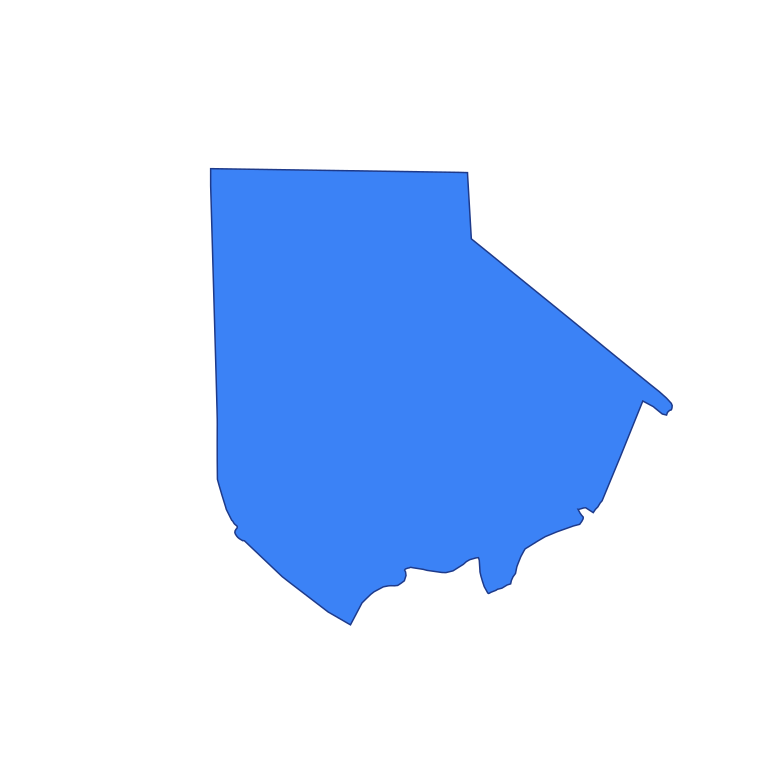 the district of Tadmor, Homs (Hims), Syria, rotated 211°
{"feature_id": "27442178B76261641700856", "entity_name": "Tadmor", "entity_type": "district", "adm_level": 2, "iso_a3": "SYR", "parent_name": "Syria", "parent_adm1": "Homs (Hims)", "projection": "natural_earth1", "projection_center": [39.01, 34.465], "detail": "fine", "context": "isolated", "style": "filled", "palette": "blue", "viewbox_px": 768, "rotation_deg": 211, "n_neighbors": 0, "source": "geoboundaries", "source_scale": "gbopen_adm2", "svg_char_len": 3087}
<svg xmlns="http://www.w3.org/2000/svg" viewBox="0 0 768 768"><g transform="rotate(211 384 384)"><path d="M421.3,608.2L429.1,603.8L643.5,479.3L634.6,464.5L533.0,305.9L513.4,275.2L508.6,267.6L506.1,263.5L502.6,257.6L500.8,254.6L497.1,248.4L487.7,232.8L477.7,216.5L473.6,212.6L472.2,211.3L468.6,208.0L465.9,205.5L456.5,197.1L454.6,195.3L444.4,188.8L443.2,188.6L440.6,187.2L440.4,187.2L440.2,187.1L439.8,187.0L439.7,187.0L439.5,186.9L439.4,186.9L439.2,186.9L438.9,186.8L438.6,186.8L438.3,186.7L438.2,186.7L437.8,186.7L437.7,186.7L437.4,186.7L437.2,186.6L436.9,186.5L436.8,186.4L436.7,186.4L436.5,186.2L436.4,186.2L436.2,185.9L436.1,185.7L435.9,185.5L435.9,185.4L435.9,185.2L435.8,184.9L435.8,184.7L435.8,184.4L435.8,184.2L435.9,183.9L436.0,183.7L436.0,183.4L436.0,183.2L436.1,182.9L436.1,182.7L436.0,182.4L436.0,182.2L436.0,181.9L436.0,181.7L435.9,181.7L435.9,181.4L435.9,181.2L435.8,180.9L435.7,180.8L435.7,180.7L435.6,180.4L435.5,180.2L435.4,180.2L435.3,179.9L435.2,179.8L435.2,179.7L434.8,179.4L434.7,179.3L434.5,179.2L434.4,179.1L434.2,179.0L434.2,178.9L433.9,178.8L433.8,178.7L433.6,178.6L433.3,178.4L433.0,178.3L432.9,178.2L432.7,178.2L432.4,178.0L432.2,177.9L431.9,177.8L431.8,177.7L431.7,177.7L431.4,177.6L431.2,177.5L430.8,177.4L430.7,177.4L430.4,177.3L430.3,177.2L430.2,177.2L429.9,177.2L429.7,177.1L429.4,177.1L429.1,177.0L428.9,177.0L428.7,177.0L428.4,177.0L428.3,176.9L428.2,176.9L427.9,176.9L427.6,176.9L427.4,176.9L427.2,176.9L426.7,176.9L426.4,176.9L426.2,176.9L425.9,176.9L425.5,176.9L425.4,176.9L425.2,176.9L424.8,176.9L424.7,176.9L424.7,177.0L422.9,177.7L371.9,166.4L362.9,165.3L314.5,159.8L291.8,160.2L288.7,160.3L290.1,185.0L288.7,190.6L287.0,196.9L285.5,200.8L280.4,209.3L280.0,209.9L276.3,213.2L274.5,214.5L271.0,216.5L268.5,218.4L266.8,221.9L265.2,225.8L266.5,231.2L268.7,234.0L270.5,235.1L270.4,236.4L268.9,238.3L267.8,239.3L267.6,239.5L267.3,240.0L266.6,240.7L265.9,240.9L264.3,241.5L255.0,245.3L251.2,246.4L237.2,252.3L233.8,254.2L228.6,259.4L223.1,270.3L221.9,274.2L220.0,277.6L215.5,282.4L213.6,283.8L212.9,283.2L211.5,281.9L205.2,272.8L205.2,272.7L204.9,272.4L204.8,272.2L202.1,269.4L201.7,269.0L200.7,268.1L197.9,265.5L193.7,261.9L187.4,258.3L186.5,258.3L185.9,259.0L185.1,260.5L181.8,264.8L181.0,266.5L177.8,269.7L177.1,271.0L174.9,275.2L172.5,277.9L173.0,279.4L173.6,281.1L174.1,285.2L173.7,289.3L176.0,295.8L176.6,299.0L177.8,306.4L178.1,312.9L178.1,315.4L175.1,321.2L172.3,326.7L171.1,329.0L168.7,333.4L167.1,336.3L163.6,341.0L159.7,346.3L151.2,356.6L148.5,359.9L144.0,364.5L143.7,368.2L143.8,369.3L143.8,370.4L144.2,371.8L144.8,372.6L147.1,373.3L149.6,374.4L153.1,376.5L152.6,376.7L148.9,380.7L147.4,381.8L138.4,381.5L138.2,385.5L137.4,388.7L137.4,393.3L136.9,396.2L143.9,442.9L153.4,502.7L147.4,503.0L141.4,503.3L139.8,503.0L130.0,501.6L125.8,502.9L126.4,505.6L125.6,508.5L124.5,509.6L124.5,510.7L124.9,512.0L125.9,514.0L127.8,515.4L134.6,517.4L144.0,519.2L156.7,520.9L199.0,526.9L214.3,529.1L225.6,530.8L254.3,535.0L272.6,537.6L337.5,546.8L357.5,549.7L383.9,553.4L419.1,604.9L421.3,608.2Z" fill="#3b82f6" stroke="#1e3a8a" stroke-width="1.5"/></g></svg>